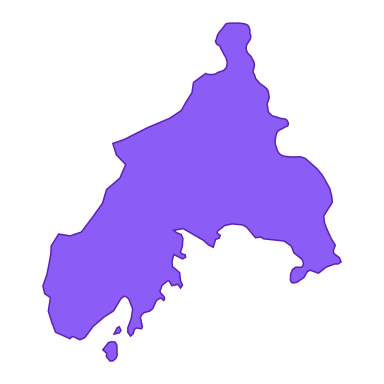 outline of Rason City, Rasŏn, North Korea
{"feature_id": "82179303B91931790309769", "entity_name": "Rason City", "entity_type": "district", "adm_level": 2, "iso_a3": "PRK", "parent_name": "North Korea", "parent_adm1": "Rasŏn", "projection": "robinson", "projection_center": [130.492, 42.382], "detail": "fine", "context": "isolated", "style": "filled", "palette": "violet", "viewbox_px": 384, "rotation_deg": 0, "n_neighbors": 0, "source": "geoboundaries", "source_scale": "gbopen_adm2", "svg_char_len": 5883}
<svg xmlns="http://www.w3.org/2000/svg" viewBox="0 0 384 384"><path d="M70.0,338.7L71.2,337.3L73.2,336.5L79.9,339.8L84.9,337.6L92.9,326.6L104.4,316.7L113.5,311.0L121.0,298.5L124.1,296.3L126.0,296.5L128.8,299.1L132.7,308.9L131.2,318.6L127.8,327.9L127.8,332.3L130.6,336.1L133.2,333.7L134.2,329.8L136.2,328.0L141.5,328.8L142.4,326.7L140.4,317.6L141.8,314.4L144.5,312.5L149.8,311.1L152.9,308.4L156.4,300.5L158.9,298.8L161.1,298.1L163.7,300.5L164.6,298.9L164.1,296.6L160.4,292.7L160.0,291.0L162.1,285.3L167.0,281.3L169.0,280.8L171.9,285.7L178.0,284.3L180.5,288.1L182.5,285.3L180.5,280.5L179.6,272.6L172.5,266.6L171.9,262.3L173.7,254.5L182.6,258.9L185.6,257.2L185.1,254.7L182.0,254.0L180.4,252.1L182.3,246.5L182.9,238.7L181.2,234.5L176.9,232.8L173.7,230.3L183.2,228.6L203.4,240.3L208.1,244.6L213.2,247.3L215.6,239.4L219.1,238.2L220.3,235.3L216.9,233.1L217.7,231.0L224.7,225.5L232.2,223.9L242.5,224.9L246.5,227.0L255.5,237.7L260.8,237.0L263.5,238.8L284.0,241.0L291.2,246.0L294.1,253.0L301.9,259.2L303.4,262.6L302.9,266.0L301.1,267.3L295.8,267.2L292.5,269.5L290.6,274.1L290.4,280.2L291.6,282.5L293.1,283.0L297.0,282.2L303.9,277.5L307.3,271.6L310.2,270.2L318.5,273.2L326.0,267.2L334.6,264.0L338.0,264.0L341.1,261.9L339.3,257.6L333.8,253.5L333.4,250.4L335.3,245.2L331.3,238.8L327.0,229.4L324.4,222.6L323.8,215.9L327.7,209.6L332.4,202.2L331.7,196.1L329.8,188.7L325.4,180.5L322.0,174.8L317.3,169.0L305.0,158.2L303.2,157.7L301.9,157.2L301.1,157.0L300.2,156.8L299.6,156.8L298.7,156.8L297.9,156.8L297.0,156.9L294.0,157.0L290.1,156.9L287.6,156.6L286.9,156.5L286.2,156.5L284.8,156.3L283.4,156.0L282.7,155.7L282.1,155.5L281.6,155.3L281.0,154.9L280.3,154.5L279.3,153.5L278.8,152.9L278.0,151.8L277.7,151.2L277.3,150.5L277.1,149.8L276.9,149.1L276.6,148.4L276.5,147.5L276.2,146.7L275.8,145.8L275.5,145.1L275.3,143.7L275.2,143.1L275.2,142.2L275.2,141.2L275.2,140.4L275.2,139.4L275.4,138.9L275.4,138.2L275.6,137.6L275.8,136.3L276.1,135.1L276.3,134.4L276.8,133.0L277.1,132.2L277.5,131.7L278.4,130.8L278.9,130.4L279.5,130.0L282.1,128.8L283.6,127.9L284.2,127.6L284.7,127.2L286.5,126.4L286.9,126.1L287.3,126.0L287.8,125.6L288.0,125.3L288.2,124.9L288.3,124.1L288.3,123.7L288.3,123.3L288.2,122.8L287.9,122.1L287.7,121.7L287.3,120.9L286.9,120.2L286.6,119.9L286.3,119.7L285.4,119.2L284.8,119.0L284.3,118.8L282.8,118.6L280.6,118.4L280.1,118.3L278.6,117.8L278.1,117.6L277.6,117.4L277.2,117.2L276.7,117.0L276.3,116.9L275.8,116.7L274.7,116.5L272.9,116.1L272.3,115.8L272.1,115.6L271.9,115.4L270.9,114.5L270.5,114.2L270.1,113.9L269.7,113.5L269.0,112.6L268.7,112.1L268.4,111.6L268.3,111.2L268.0,110.1L267.8,109.1L267.8,108.7L267.8,108.1L267.7,107.0L267.6,106.5L267.5,106.3L267.2,105.3L267.1,105.0L267.0,104.7L267.0,104.3L267.1,104.0L267.3,103.1L267.5,102.5L267.8,101.6L268.1,101.1L268.3,100.6L268.4,100.1L268.8,99.1L269.2,97.9L269.2,97.5L269.1,97.0L269.1,96.4L268.9,95.4L268.7,94.9L268.8,94.4L268.6,94.0L268.5,93.4L268.5,93.0L268.5,92.5L268.4,91.9L268.3,91.6L268.1,91.1L267.8,90.3L267.3,89.6L266.8,88.8L266.2,88.2L264.9,87.2L264.3,86.6L263.1,85.8L262.6,85.5L262.1,85.2L261.5,84.7L261.1,84.3L260.7,84.1L260.2,83.7L259.7,83.1L258.6,82.1L258.0,81.5L257.9,81.1L257.4,80.5L256.6,79.7L255.8,78.8L255.6,78.3L255.4,77.9L255.3,77.3L255.1,76.8L254.7,75.3L254.4,74.7L254.2,74.3L253.8,73.8L253.6,73.2L253.4,72.8L253.1,72.0L253.1,71.6L253.1,71.1L253.2,70.9L253.3,70.0L253.5,69.1L253.7,68.6L253.9,67.9L254.0,67.3L254.2,66.8L254.3,65.8L254.4,64.1L254.2,63.2L253.9,62.3L253.9,61.9L253.6,61.1L253.3,60.8L253.0,60.0L252.9,59.6L252.3,59.0L252.1,58.6L251.7,57.7L251.3,56.9L251.1,56.5L250.5,55.9L249.7,55.1L249.3,54.7L248.8,54.3L248.4,53.8L247.9,53.3L247.7,52.9L247.4,52.4L247.2,52.0L246.9,51.5L246.8,51.1L246.4,50.1L246.2,49.1L246.2,48.7L246.2,48.1L246.3,46.4L246.6,45.4L247.0,44.4L247.5,43.5L248.0,42.9L248.1,42.6L249.1,41.1L249.8,40.0L250.0,39.6L250.3,39.1L250.4,38.6L250.6,37.8L250.7,37.3L250.7,36.0L250.6,35.4L250.5,34.8L250.2,34.2L250.1,33.9L249.9,33.6L249.8,33.2L249.8,32.8L249.9,31.9L249.9,31.2L249.8,30.0L249.7,29.5L249.3,28.0L248.9,27.0L248.5,26.3L248.2,25.8L247.8,25.4L247.5,25.1L247.1,24.9L246.6,24.6L246.2,24.4L245.0,24.0L244.3,23.8L243.4,23.6L242.5,23.5L240.9,23.3L240.1,23.2L239.1,23.1L238.2,23.0L236.6,23.1L235.3,23.3L233.6,23.1L232.1,23.1L231.5,23.1L230.2,23.1L228.9,23.3L228.4,23.3L227.2,23.5L226.3,23.7L226.1,23.8L225.3,24.7L224.6,25.5L224.1,26.3L223.7,26.8L223.3,27.3L222.6,28.2L222.2,29.0L221.7,29.5L221.3,29.9L220.9,30.3L220.5,30.7L220.1,31.2L219.4,32.0L219.0,32.6L218.4,33.6L218.1,34.1L217.5,35.1L217.4,35.6L217.2,36.1L217.1,36.6L216.9,37.0L216.5,38.6L216.5,39.1L216.1,39.9L215.9,40.3L215.5,40.8L215.4,41.1L215.5,41.3L215.9,42.4L216.2,42.9L216.6,43.8L216.9,44.2L217.2,44.5L217.7,44.8L218.2,45.0L218.6,45.1L218.9,45.3L219.3,45.6L219.7,46.0L220.0,46.3L220.2,46.8L220.4,47.2L220.6,47.9L221.0,48.6L221.3,49.4L221.7,50.0L222.1,50.7L222.4,51.3L223.6,53.6L223.9,54.3L224.7,55.6L225.2,56.3L225.5,56.9L225.7,57.4L226.0,58.0L226.6,59.9L226.9,61.1L227.1,61.9L227.1,62.9L227.1,63.7L227.0,64.7L226.9,65.2L226.6,66.5L226.3,67.2L226.1,67.7L225.8,68.2L225.4,68.7L225.1,69.0L224.7,69.4L223.4,70.4L222.8,70.8L222.0,71.1L220.6,71.5L220.0,71.8L219.3,71.9L217.6,72.6L217.1,72.9L216.6,73.2L215.8,73.8L215.3,74.1L214.6,74.2L213.7,74.4L212.8,74.4L212.0,74.5L210.3,74.5L208.9,74.5L208.0,74.3L206.8,74.1L206.3,73.9L205.8,73.7L205.6,73.5L193.5,82.4L192.0,92.6L186.6,101.1L181.2,110.6L169.7,118.3L147.0,127.9L124.2,139.5L112.8,143.4L116.4,154.9L125.7,164.6L119.9,178.1L106.5,189.6L102.6,203.1L93.0,216.6L81.4,232.0L70.1,235.9L58.7,234.0L51.2,246.0L50.9,253.3L48.9,264.8L46.9,274.5L42.9,286.0L44.7,293.7L50.4,297.6L48.3,311.1L51.9,322.6L55.6,332.2L70.0,338.7ZM110.0,361.0L112.9,360.9L115.8,358.5L117.1,355.5L116.9,345.1L115.2,342.2L112.0,341.7L108.5,342.5L102.8,349.8L106.1,352.8L106.8,353.2L106.3,356.6L110.0,361.0ZM114.0,334.1L119.3,332.9L121.0,330.4L119.2,326.7L117.1,328.0L114.0,334.1Z" fill="#8b5cf6" stroke="#5b21b6" stroke-width="1.5"/></svg>